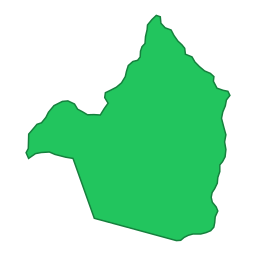 Poloni, São Paulo, Brazil (Mercator projection)
{"feature_id": "56859067B23679759476015", "entity_name": "Poloni", "entity_type": "district", "adm_level": 2, "iso_a3": "BRA", "parent_name": "Brazil", "parent_adm1": "São Paulo", "projection": "mercator", "projection_center": [-49.819, -20.742], "detail": "fine", "context": "isolated", "style": "filled", "palette": "green", "viewbox_px": 256, "rotation_deg": 0, "n_neighbors": 0, "source": "geoboundaries", "source_scale": "gbopen_adm2", "svg_char_len": 1267}
<svg xmlns="http://www.w3.org/2000/svg" viewBox="0 0 256 256"><path d="M28.6,158.4L35.5,153.6L41.3,152.5L49.4,152.0L54.9,154.4L65.7,157.2L73.0,158.4L94.3,218.3L127.2,227.2L176.4,240.6L180.7,240.3L184.1,237.4L188.3,235.3L192.9,234.0L200.7,234.0L206.1,232.6L210.7,230.7L213.8,227.2L214.7,222.7L215.2,216.8L217.8,211.0L216.2,207.0L212.3,202.2L211.2,197.3L212.1,192.6L214.7,188.6L217.3,183.2L217.8,177.5L219.8,171.6L219.8,164.9L222.5,161.7L225.1,156.8L225.9,149.5L224.6,141.9L225.9,134.8L223.9,127.6L221.5,118.3L222.8,111.9L225.3,105.9L226.4,100.0L229.9,95.4L227.9,91.3L223.1,90.3L217.0,88.2L213.4,81.3L213.9,76.6L210.4,73.4L204.5,70.9L199.3,66.5L194.9,62.0L192.0,56.9L185.4,54.2L184.7,48.3L181.9,44.8L177.9,41.1L173.9,35.4L171.1,30.0L165.1,27.8L160.9,23.2L160.3,16.8L156.3,15.4L151.9,19.6L147.5,25.0L147.1,29.7L145.5,36.6L145.0,43.5L142.0,46.7L140.5,51.2L140.2,57.0L137.6,60.3L132.9,61.5L128.3,65.5L126.5,71.2L125.3,76.6L121.5,82.9L116.4,87.2L110.4,90.3L105.4,92.7L104.7,97.6L108.1,103.2L104.3,108.5L100.3,115.0L93.9,114.6L87.5,114.8L82.7,111.9L77.6,109.2L74.5,104.0L67.9,100.9L62.4,101.4L54.0,105.6L48.5,112.2L45.9,117.4L41.5,122.8L37.0,124.3L32.7,129.4L28.7,134.1L28.5,141.0L28.3,148.5L26.1,152.7L28.6,158.4Z" fill="#22c55e" stroke="#15803d" stroke-width="1.5"/></svg>